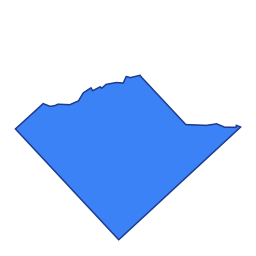 outline of Van Zandt, Texas, United States of America, rotated 317°
{"feature_id": "52423323B97041282112733", "entity_name": "Van Zandt", "entity_type": "district", "adm_level": 2, "iso_a3": "USA", "parent_name": "United States of America", "parent_adm1": "Texas", "projection": "robinson", "projection_center": [-95.727, 32.597], "detail": "fine", "context": "isolated", "style": "filled", "palette": "blue", "viewbox_px": 256, "rotation_deg": 317, "n_neighbors": 0, "source": "geoboundaries", "source_scale": "gbopen_adm2", "svg_char_len": 481}
<svg xmlns="http://www.w3.org/2000/svg" viewBox="0 0 256 256"><g transform="rotate(317 128 128)"><path d="M45.0,203.4L211.0,204.1L209.1,200.0L207.4,201.1L199.2,193.3L195.7,185.4L187.2,179.6L172.6,164.9L172.5,99.6L172.8,97.7L164.1,92.8L161.8,89.1L155.2,91.9L150.5,86.8L141.8,81.2L135.9,81.0L135.8,78.9L127.6,76.7L128.3,73.4L119.2,71.8L110.3,74.4L101.2,71.2L93.0,62.8L89.9,61.8L85.8,59.1L82.6,52.3L45.0,51.9L45.0,203.4Z" fill="#3b82f6" stroke="#1e3a8a" stroke-width="1.5"/></g></svg>